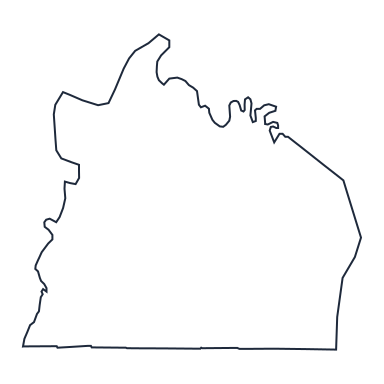 Foni Brefet, West Coast, Gambia
{"feature_id": "56634734B27150312185582", "entity_name": "Foni Brefet", "entity_type": "district", "adm_level": 2, "iso_a3": "GMB", "parent_name": "Gambia", "parent_adm1": "West Coast", "projection": "equal_earth", "projection_center": [-16.363, 13.217], "detail": "fine", "context": "isolated", "style": "outline", "palette": "slate", "viewbox_px": 384, "rotation_deg": 0, "n_neighbors": 0, "source": "geoboundaries", "source_scale": "gbopen_adm2", "svg_char_len": 2084}
<svg xmlns="http://www.w3.org/2000/svg" viewBox="0 0 384 384"><path d="M169.3,47.2L169.3,40.4L158.9,34.4L155.8,37.0L148.6,43.1L135.2,50.8L129.1,58.4L123.7,68.6L115.0,89.4L108.5,103.1L98.1,105.2L82.4,100.3L69.7,94.8L63.0,92.1L55.3,104.8L53.8,114.4L54.7,127.6L55.5,139.7L56.3,150.3L61.3,158.4L71.7,162.3L79.0,164.8L79.0,170.9L79.1,178.0L75.6,184.1L70.2,183.1L64.9,181.6L64.5,188.7L65.3,198.3L63.1,208.0L59.6,217.1L56.2,222.2L49.7,218.7L46.2,219.7L44.3,222.3L44.7,226.8L48.6,229.8L52.4,234.9L52.4,239.4L48.2,243.5L41.7,252.2L39.3,257.5L38.2,259.8L35.7,265.4L35.3,268.9L38.0,271.4L39.9,278.0L41.1,281.0L44.2,284.0L46.5,288.1L46.5,290.8L46.5,291.6L43.1,289.1L41.5,291.6L42.7,294.2L40.8,297.2L39.7,304.8L39.0,310.9L38.9,311.4L38.3,312.2L37.0,313.9L34.0,322.1L30.1,325.1L27.2,332.3L24.4,338.8L23.0,346.5L23.7,346.4L56.7,346.2L57.5,347.7L71.3,346.9L87.3,345.9L90.9,345.9L91.7,347.4L125.8,347.7L127.0,348.2L139.0,348.3L163.9,348.4L200.3,348.7L201.2,347.7L202.2,348.2L237.2,347.9L239.5,348.9L243.4,348.9L274.0,348.7L306.2,349.1L336.1,349.6L337.2,317.0L341.2,288.0L342.6,277.9L354.9,257.0L361.0,237.6L347.0,192.2L343.4,180.4L339.5,177.3L325.3,166.2L298.6,145.1L296.9,143.8L288.0,136.8L285.3,136.8L282.6,133.8L279.5,133.8L274.2,142.4L269.7,130.6L270.8,127.0L273.1,126.5L276.2,128.0L278.1,128.0L278.1,125.4L277.3,122.9L273.1,121.9L267.8,124.5L265.1,124.0L265.1,122.5L264.6,116.4L269.2,112.8L275.4,110.8L276.1,106.7L268.8,104.2L264.2,105.3L260.0,108.9L256.6,108.9L255.0,110.4L255.8,118.0L255.8,121.0L252.8,122.1L250.4,115.5L251.2,106.9L251.5,103.4L250.4,99.3L248.1,97.3L245.0,99.4L244.6,104.4L244.7,110.0L243.5,111.5L241.2,110.5L239.6,105.0L238.1,101.9L236.2,100.9L233.5,101.0L230.8,102.5L229.3,105.5L230.1,116.7L229.3,120.7L225.9,124.8L223.2,126.8L219.8,126.4L214.8,122.8L212.4,119.8L209.3,112.8L208.9,108.7L205.1,105.7L200.9,107.3L198.9,104.7L198.2,99.7L197.0,91.1L194.0,88.4L193.1,87.6L188.9,85.1L185.4,81.0L181.6,79.1L177.3,77.6L169.3,78.6L163.9,84.7L162.0,83.2L158.9,80.2L157.4,76.7L156.6,72.1L156.9,66.1L157.3,61.5L161.1,55.4L169.3,47.2Z" fill="none" stroke="#1e293b" stroke-width="2"/></svg>